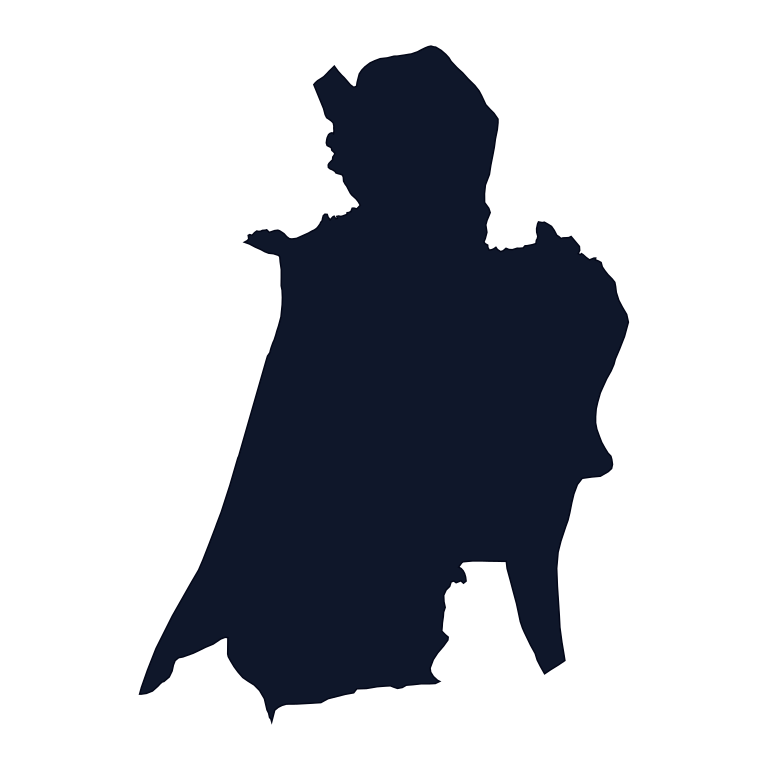 Ponhea Lueu, Kândal, Cambodia
{"feature_id": "14789045B73499055416904", "entity_name": "Ponhea Lueu", "entity_type": "district", "adm_level": 2, "iso_a3": "KHM", "parent_name": "Cambodia", "parent_adm1": "Kândal", "projection": "robinson", "projection_center": [104.799, 11.777], "detail": "fine", "context": "isolated", "style": "filled", "palette": "ink", "viewbox_px": 768, "rotation_deg": 0, "n_neighbors": 0, "source": "geoboundaries", "source_scale": "gbopen_adm2", "svg_char_len": 5396}
<svg xmlns="http://www.w3.org/2000/svg" viewBox="0 0 768 768"><path d="M458.7,69.3L456.7,67.4L451.1,61.4L448.9,57.8L445.8,54.4L441.2,50.4L435.7,47.1L433.8,46.9L431.0,46.1L428.2,46.7L425.2,47.9L421.1,49.9L417.6,51.8L415.0,52.7L411.3,54.0L409.0,54.3L404.9,55.0L401.5,55.5L397.6,56.1L394.0,56.2L387.3,57.9L380.2,58.7L374.9,60.7L370.1,62.9L365.1,66.7L361.8,70.1L359.3,73.9L358.0,78.9L357.1,82.5L356.6,86.2L353.8,87.4L350.3,84.8L347.4,81.4L344.1,77.6L341.7,75.3L338.2,71.4L336.1,68.6L334.3,66.1L331.6,68.8L329.1,71.2L327.0,73.5L323.8,76.7L321.4,78.3L317.6,80.7L315.3,82.8L313.8,84.6L323.6,108.6L325.2,114.7L326.7,117.7L329.1,119.3L331.4,121.0L333.2,122.8L333.9,126.0L333.8,128.1L334.0,131.1L333.5,133.8L332.0,132.8L330.2,133.3L328.6,134.6L327.2,137.7L326.8,139.3L326.3,142.9L327.1,145.5L328.8,146.4L331.2,147.6L331.9,150.4L333.1,151.4L334.8,153.2L334.3,154.9L332.8,157.0L332.5,159.9L331.0,161.3L329.0,163.4L328.2,165.0L328.4,167.4L330.2,168.9L332.3,169.7L335.0,171.4L335.9,172.9L338.3,173.7L340.4,174.2L342.5,175.1L343.3,177.2L343.6,181.2L345.3,184.3L346.7,186.1L348.8,190.2L350.4,193.2L351.8,195.0L354.0,197.0L356.0,198.8L358.3,201.7L359.5,203.8L360.3,205.2L356.8,208.9L354.0,208.1L352.2,208.2L350.9,211.5L348.6,212.6L347.1,212.7L346.8,214.5L344.5,215.3L342.1,216.2L340.2,216.4L338.7,216.0L336.8,216.4L337.4,218.4L335.8,218.8L334.1,216.2L332.8,216.9L330.1,219.9L328.0,216.9L327.2,214.4L324.9,214.2L323.3,215.7L322.5,218.7L322.2,220.6L320.7,222.4L320.1,223.9L318.1,226.7L316.6,228.4L314.3,230.0L311.9,231.1L308.4,233.1L296.6,238.4L291.8,239.0L289.4,238.7L286.7,236.7L284.0,233.7L282.4,232.6L279.6,230.8L277.9,230.2L274.6,230.6L271.4,231.7L269.3,232.4L266.7,229.8L265.2,230.2L262.4,230.4L260.5,231.3L258.4,231.4L256.8,231.0L254.6,232.6L252.1,235.3L249.7,234.6L248.2,235.4L248.5,237.1L248.7,239.0L247.3,240.6L244.4,242.2L249.5,244.0L255.1,247.0L261.0,249.6L264.8,251.7L268.7,253.2L273.4,253.7L278.7,255.4L279.8,257.0L280.2,261.8L281.3,269.6L281.3,277.3L281.2,285.8L282.1,290.2L282.4,297.4L282.2,304.6L281.6,310.6L281.0,316.8L278.5,326.1L276.8,331.3L275.8,335.0L274.1,340.2L273.1,342.3L272.5,343.9L271.1,347.9L270.4,350.4L269.9,352.6L267.5,356.1L266.3,360.1L238.7,456.2L237.9,457.8L229.8,485.6L221.3,511.9L216.6,524.3L215.5,527.4L209.0,544.4L202.9,560.0L198.6,570.0L190.9,583.2L172.3,616.0L156.0,648.5L147.5,670.1L141.4,687.5L139.6,694.1L141.4,694.1L146.4,693.4L152.5,691.0L157.8,686.3L160.2,683.7L162.3,681.9L163.9,681.5L169.2,677.0L172.1,671.0L173.4,665.0L175.1,660.6L178.6,657.7L182.9,656.9L193.2,653.2L198.3,650.8L205.6,647.2L213.1,644.1L220.7,639.0L225.1,637.3L227.9,637.6L227.7,654.0L228.3,656.7L230.6,660.9L234.1,666.7L238.1,672.1L242.8,677.5L248.0,681.1L254.2,685.0L259.6,690.5L264.4,698.7L267.0,709.9L268.6,713.1L269.6,717.6L270.8,718.8L271.7,721.9L273.4,715.3L274.7,710.2L278.2,707.3L282.0,705.4L286.4,704.1L296.5,704.0L309.2,703.3L320.9,702.6L328.0,698.7L345.3,694.3L353.7,692.8L356.8,688.8L366.3,688.5L371.8,687.6L377.1,686.7L384.7,686.1L390.4,685.8L393.4,687.0L397.5,688.4L402.3,687.5L406.3,685.2L412.6,684.7L421.0,683.8L429.0,683.8L435.3,683.5L439.7,681.4L437.5,680.3L433.4,676.5L430.7,672.2L430.1,668.1L433.3,659.6L437.7,652.9L443.5,646.1L447.9,640.0L448.2,637.1L445.3,634.7L441.8,631.1L442.2,626.2L442.4,622.9L443.3,616.5L443.6,612.2L445.2,607.4L444.0,601.8L443.7,595.3L446.1,590.0L449.7,586.4L451.1,581.9L453.8,581.0L456.1,582.7L460.9,580.8L463.5,583.2L466.1,581.1L465.6,577.0L464.6,573.6L463.2,570.9L461.2,568.6L458.6,567.1L461.7,562.8L463.0,561.8L467.1,561.4L472.9,560.9L481.2,560.9L488.8,561.1L497.0,561.2L501.8,561.3L506.3,561.3L507.1,568.5L510.4,580.6L513.4,592.0L516.5,603.5L518.6,613.3L520.3,621.5L522.5,628.0L524.3,632.1L530.5,645.0L535.2,653.5L537.2,660.0L540.4,666.3L544.6,673.8L550.5,669.8L558.4,664.9L564.9,660.5L564.0,654.8L561.9,642.2L559.9,627.4L559.3,615.7L558.4,601.5L557.4,586.3L556.7,568.4L558.1,552.2L560.9,541.1L565.8,526.3L568.0,520.2L569.8,512.7L571.8,502.6L573.9,493.9L577.4,484.5L582.2,478.3L591.5,477.0L600.4,476.2L608.3,471.6L611.6,468.5L612.5,464.4L611.8,459.5L610.9,456.2L607.9,453.0L604.7,447.8L601.7,442.4L599.3,436.2L596.8,429.2L595.6,422.9L595.6,416.6L596.2,408.8L597.7,402.1L600.3,392.9L602.6,387.7L606.7,378.7L611.1,370.9L613.9,364.4L615.3,359.1L619.6,349.0L622.1,342.6L624.5,336.5L627.0,327.3L628.4,322.2L626.7,314.5L622.3,307.0L618.8,300.3L616.3,292.4L615.6,286.5L614.8,282.3L612.2,279.0L607.8,274.5L604.7,270.5L602.3,266.9L601.1,262.5L598.4,261.0L595.3,259.8L595.7,258.1L593.9,258.1L589.5,259.9L586.1,257.4L583.1,254.7L581.4,253.6L580.3,254.8L578.2,253.6L579.7,250.4L579.4,246.4L574.8,240.9L571.1,236.5L568.9,237.6L565.4,237.8L562.9,237.9L561.0,238.5L558.9,236.6L556.8,235.3L554.2,230.3L551.5,226.4L548.1,224.3L544.4,222.2L542.3,222.6L538.5,221.9L537.6,223.9L536.6,228.7L536.7,232.2L537.8,236.3L537.3,238.7L536.4,240.2L535.9,243.6L532.3,244.7L527.2,245.7L525.0,245.8L523.1,248.0L519.2,248.3L517.2,248.2L512.4,249.7L508.9,249.5L506.0,248.3L503.1,250.8L500.6,251.6L497.4,249.5L495.9,247.3L493.8,248.8L492.0,249.6L489.3,250.2L487.8,247.3L487.7,245.1L485.2,243.7L483.9,242.0L485.3,238.5L486.9,232.3L485.8,224.9L487.0,220.4L488.4,217.1L490.2,212.6L488.8,208.3L484.6,202.5L484.5,193.7L485.4,185.0L489.4,174.5L490.8,165.3L492.9,154.7L494.3,147.2L495.4,139.0L497.3,129.6L498.0,122.8L498.0,119.1L494.0,113.3L490.0,109.3L485.8,104.7L481.7,95.9L479.1,91.0L474.8,85.5L468.1,78.9L462.6,72.8L458.7,69.3Z" fill="#0f172a" stroke="#020617" stroke-width="1.5"/></svg>